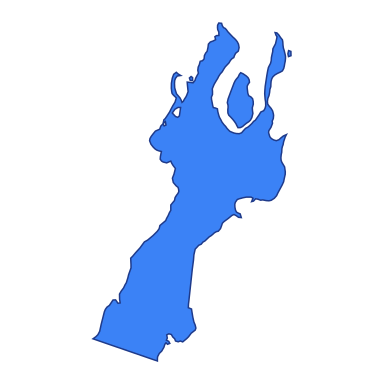 Godofredo Viana, Maranhão, Brazil
{"feature_id": "56859067B50011400065460", "entity_name": "Godofredo Viana", "entity_type": "district", "adm_level": 2, "iso_a3": "BRA", "parent_name": "Brazil", "parent_adm1": "Maranhão", "projection": "robinson", "projection_center": [-45.732, -1.359], "detail": "fine", "context": "isolated", "style": "filled", "palette": "blue", "viewbox_px": 384, "rotation_deg": 0, "n_neighbors": 0, "source": "geoboundaries", "source_scale": "gbopen_adm2", "svg_char_len": 5482}
<svg xmlns="http://www.w3.org/2000/svg" viewBox="0 0 384 384"><path d="M157.4,361.0L157.4,358.7L157.6,356.7L159.3,353.4L161.7,351.1L163.9,347.3L164.8,344.4L166.0,342.8L167.5,344.3L169.8,343.4L168.7,341.3L166.4,340.2L167.3,338.1L166.7,334.9L168.8,333.8L171.4,334.5L172.7,336.9L174.7,338.8L175.5,341.0L178.2,341.8L180.3,341.0L182.7,341.9L186.6,338.7L188.6,336.7L191.2,333.2L195.2,330.1L195.9,328.1L195.2,325.1L193.9,322.0L192.8,317.1L192.2,313.4L191.8,311.0L191.5,309.0L188.3,307.7L188.5,303.9L188.9,300.7L192.3,269.1L193.5,260.0L193.9,254.8L195.2,249.1L197.2,247.0L198.7,245.3L201.2,244.2L202.9,242.1L205.0,240.9L207.5,238.5L209.3,236.8L211.1,235.7L212.8,234.3L214.4,232.8L216.5,231.6L218.3,231.2L220.5,228.6L221.5,225.9L222.4,223.2L224.0,221.6L228.2,218.5L232.0,215.4L234.0,214.5L236.3,215.7L238.5,217.3L241.3,217.6L240.2,213.9L238.3,213.1L236.5,212.1L235.5,210.1L234.9,207.2L234.8,204.2L235.4,202.2L237.3,199.5L239.4,198.7L241.1,198.3L242.8,197.8L246.4,197.1L251.1,197.1L253.0,198.2L251.6,201.6L253.5,201.1L255.6,198.8L258.0,199.2L260.6,200.2L262.7,199.9L266.2,200.6L268.9,200.8L271.2,200.3L274.3,198.3L276.6,195.7L278.0,192.7L282.1,185.1L283.6,181.8L284.2,178.9L285.2,174.4L285.3,171.8L285.0,169.8L284.6,166.9L281.8,162.2L281.1,160.2L280.9,157.8L281.2,154.7L281.7,152.4L281.9,148.7L282.4,146.5L283.1,144.7L283.6,141.8L285.2,137.0L286.4,134.6L283.3,136.0L280.8,138.0L279.0,139.7L276.3,140.7L273.6,139.9L271.3,138.5L269.8,136.7L269.2,134.7L268.6,132.8L268.8,130.8L271.0,127.3L272.5,123.3L272.2,121.1L273.3,118.6L273.6,115.4L273.3,113.5L272.6,110.9L271.1,108.4L268.8,105.7L267.7,104.1L267.4,101.5L267.8,98.6L269.0,95.5L269.6,92.5L269.9,89.4L270.8,86.7L270.9,83.8L271.1,81.3L271.8,78.7L272.9,76.8L274.8,75.0L277.3,73.5L280.3,72.1L282.4,70.9L283.7,68.5L284.3,66.1L284.7,63.6L285.2,61.3L285.5,58.6L285.5,56.2L285.0,53.9L284.2,50.6L283.4,48.1L283.0,45.2L282.8,41.9L282.4,39.8L280.6,37.6L278.8,34.9L276.9,32.9L275.1,32.6L275.9,35.0L277.0,36.8L276.6,39.0L276.1,41.2L275.5,43.8L274.0,46.6L272.9,48.8L272.7,51.7L271.9,55.1L271.4,57.6L271.2,60.7L270.5,63.4L269.5,65.3L268.4,67.5L267.7,70.6L266.8,75.7L266.0,81.0L265.2,86.3L264.9,90.0L264.7,93.7L265.1,98.9L265.6,102.1L265.7,105.9L265.0,108.5L263.7,110.7L260.8,112.0L259.0,115.0L255.3,120.3L253.7,121.3L251.9,123.5L249.6,125.7L247.8,127.2L245.5,128.4L243.4,130.7L241.6,132.8L239.2,133.7L236.1,133.5L233.9,133.0L231.9,132.2L229.8,131.3L228.4,129.9L227.0,128.4L225.7,126.5L223.9,124.6L222.0,122.1L220.7,119.5L219.5,117.4L218.8,115.4L217.8,111.7L217.4,108.8L215.4,108.0L213.3,107.6L212.7,105.5L212.3,103.3L211.5,99.3L211.4,97.1L212.5,94.5L212.5,91.6L212.3,88.8L213.3,86.3L214.2,84.2L216.5,80.3L217.7,78.4L218.6,76.5L220.2,74.0L222.2,71.8L223.7,69.2L225.2,66.9L226.8,65.2L228.9,63.0L230.5,60.3L232.2,58.5L233.8,57.6L234.4,55.7L235.6,53.3L238.3,51.1L239.1,47.6L238.5,44.2L237.3,41.8L236.0,40.1L234.6,38.6L232.8,37.0L230.9,35.0L229.1,33.1L227.8,31.7L226.4,29.7L225.2,28.4L223.5,27.6L222.3,25.7L221.6,23.3L218.8,23.0L217.6,25.2L217.5,27.6L217.7,29.6L218.8,32.0L218.9,35.5L216.5,35.6L214.9,36.7L215.6,39.7L213.1,41.0L210.3,42.0L208.4,44.1L208.0,47.3L207.1,51.4L205.7,53.0L204.4,55.6L204.1,58.9L202.5,60.7L200.2,61.3L199.3,64.7L198.2,67.1L197.8,70.3L198.4,73.2L196.7,76.2L195.6,78.4L195.0,80.5L193.1,82.8L190.6,82.5L187.2,82.1L187.4,84.8L188.1,91.6L186.9,94.8L186.1,96.6L184.2,99.5L183.4,101.2L182.0,102.4L181.3,100.4L180.0,97.9L176.5,93.8L175.5,90.6L174.7,87.8L174.5,83.5L174.7,80.5L175.5,78.3L177.3,76.0L180.7,75.5L178.2,74.0L176.3,72.3L173.7,74.3L172.3,78.1L171.4,83.2L171.3,88.3L171.7,91.6L172.1,93.5L173.5,95.2L176.3,97.9L175.0,102.2L172.9,105.6L170.8,109.5L169.7,111.8L167.1,115.8L165.2,118.6L163.9,119.8L163.0,123.8L160.8,126.1L159.7,129.2L157.6,130.1L155.4,131.1L153.1,133.9L151.2,136.4L150.0,138.5L149.6,140.7L151.0,144.3L153.1,147.0L155.0,148.9L156.8,150.1L158.7,150.8L161.4,151.5L160.4,156.6L160.2,159.2L161.6,161.1L163.1,162.0L166.7,162.9L168.9,161.9L170.8,161.1L171.7,163.2L173.1,165.5L175.4,168.5L174.0,174.1L172.4,178.2L173.3,182.5L176.1,185.8L178.1,187.4L178.6,189.4L178.8,191.6L177.9,193.5L176.5,195.3L175.1,197.5L174.5,200.5L172.9,202.4L170.8,205.0L170.8,210.3L169.4,212.7L168.2,215.5L166.5,218.6L165.7,220.6L159.9,225.5L159.2,228.6L157.3,231.3L153.0,235.6L147.6,240.1L144.4,241.9L141.9,245.3L140.0,247.9L135.7,252.6L132.7,256.2L130.7,258.2L131.0,264.6L131.0,268.0L128.6,274.7L127.9,277.7L126.3,282.8L125.1,284.7L123.6,287.9L121.2,291.1L119.5,294.1L119.6,299.4L120.2,302.9L118.0,303.3L115.6,299.9L113.0,300.0L109.4,305.4L107.0,307.1L105.4,309.3L104.4,311.7L103.7,314.4L102.9,317.6L101.2,324.3L99.7,331.3L97.9,334.7L95.9,336.7L93.0,338.8L105.7,343.2L157.4,361.0ZM180.6,107.5L179.4,115.9L177.7,117.3L175.5,116.5L172.3,113.0L174.9,109.3L178.1,107.4L180.6,107.5ZM163.0,123.8L165.4,121.6L166.0,125.0L164.1,125.9L163.0,123.8ZM240.4,127.6L242.6,126.5L244.5,124.8L246.5,123.2L248.8,121.7L250.4,120.2L251.8,117.7L252.9,113.4L252.5,110.7L252.3,107.8L253.3,104.2L253.2,101.4L252.6,98.7L250.9,96.9L248.7,95.7L247.8,93.2L247.2,88.1L247.2,86.1L248.2,84.1L249.5,82.3L249.1,79.7L248.0,77.6L246.2,75.9L243.1,73.8L240.7,72.7L239.4,74.3L238.2,76.9L236.5,78.9L235.3,80.5L234.1,82.9L230.6,92.1L228.1,98.9L227.3,102.7L228.0,105.1L228.1,107.2L227.8,109.8L227.9,113.0L228.8,115.2L230.9,117.3L232.8,119.4L234.3,121.3L235.9,123.6L236.8,125.5L238.0,127.7L240.4,127.6ZM291.0,55.7L290.9,51.4L288.6,50.6L287.9,53.8L288.5,56.6L291.0,55.7ZM192.6,77.6L191.1,76.5L189.4,78.0L190.2,80.3L192.6,80.6L192.6,77.6Z" fill="#3b82f6" stroke="#1e3a8a" stroke-width="1.5"/></svg>